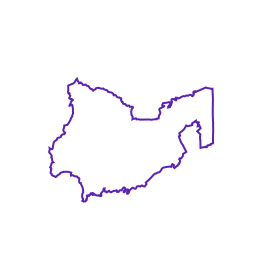 outline of Phong Dien, Thừa Thiên - Huế, Vietnam, rotated 43°
{"feature_id": "81297802B35670860897871", "entity_name": "Phong Dien", "entity_type": "district", "adm_level": 2, "iso_a3": "VNM", "parent_name": "Vietnam", "parent_adm1": "Thừa Thiên - Huế", "projection": "equal_earth", "projection_center": [107.309, 16.544], "detail": "fine", "context": "isolated", "style": "outline", "palette": "violet", "viewbox_px": 256, "rotation_deg": 43, "n_neighbors": 0, "source": "geoboundaries", "source_scale": "gbopen_adm2", "svg_char_len": 5888}
<svg xmlns="http://www.w3.org/2000/svg" viewBox="0 0 256 256"><g transform="rotate(43 128 128)"><path d="M144.3,212.4L144.7,212.2L145.5,212.2L145.7,211.6L146.8,211.0L146.9,210.5L146.7,209.6L146.9,209.0L146.8,208.7L146.1,208.6L145.9,208.1L146.0,207.6L145.8,207.0L144.8,205.8L144.1,205.4L144.2,205.1L144.3,205.0L145.1,204.8L145.1,204.0L145.8,203.9L145.7,203.1L146.1,201.9L145.9,201.6L145.3,201.4L145.4,200.9L146.3,200.6L146.3,200.0L146.6,199.6L147.0,199.5L147.4,199.9L147.6,200.7L147.9,201.0L148.1,200.9L148.3,200.3L148.1,199.9L148.3,199.3L149.3,199.5L149.9,198.9L150.7,199.0L151.5,198.2L152.2,197.9L152.3,197.4L154.0,196.8L154.7,196.3L154.7,195.8L154.4,195.2L154.0,195.2L153.7,195.6L153.2,195.4L152.8,193.4L152.8,190.4L152.5,189.6L151.8,189.5L151.6,189.3L151.7,188.4L152.1,188.1L152.6,188.9L153.7,189.9L154.6,190.1L155.3,189.4L156.0,189.7L156.3,189.5L156.6,189.1L156.7,187.4L157.0,186.8L157.3,186.8L157.8,187.0L159.2,186.8L159.4,186.6L160.5,183.6L161.1,183.1L162.2,181.3L163.1,181.6L163.1,182.1L163.5,182.2L164.7,181.2L164.4,179.6L164.9,178.6L165.5,178.4L165.8,177.8L165.4,175.1L165.5,174.3L165.7,174.1L167.0,174.0L168.2,174.9L168.0,175.9L168.1,177.3L168.5,177.8L169.0,177.7L169.2,176.8L169.2,175.9L168.8,175.2L169.2,173.7L169.7,173.1L170.3,173.0L170.9,173.5L171.3,175.6L171.7,176.3L172.3,176.6L172.8,175.7L172.7,174.9L171.8,173.0L171.7,172.5L172.0,168.7L172.5,168.3L174.1,167.9L174.7,167.6L175.0,166.9L174.4,164.8L174.9,163.9L175.3,163.4L176.8,162.4L176.9,162.2L177.0,161.2L177.4,160.5L178.3,160.4L179.8,159.6L180.1,159.4L180.1,159.0L179.7,156.3L178.2,155.7L178.7,150.5L178.7,146.1L178.6,145.5L178.7,143.6L179.7,141.7L179.8,141.2L180.4,139.9L181.1,138.9L181.2,138.3L180.9,135.9L180.6,135.1L180.6,133.6L180.8,133.0L183.0,129.9L184.7,127.9L185.5,127.3L186.0,127.1L185.0,124.5L185.2,124.1L185.9,124.1L186.6,123.7L187.1,124.1L187.7,125.4L189.3,125.6L189.5,124.2L189.5,122.7L190.0,121.6L189.8,121.4L189.6,120.6L189.9,120.1L189.9,119.3L189.8,119.0L189.3,118.6L189.5,118.3L188.7,116.6L188.2,116.5L187.4,115.9L186.7,115.9L186.6,115.5L186.6,114.7L187.6,114.0L187.3,111.2L185.9,109.3L186.6,107.2L186.9,105.7L179.2,102.9L177.7,102.7L174.3,101.3L170.9,99.4L171.4,98.1L169.1,96.9L169.7,92.9L169.8,90.4L168.9,86.5L170.6,85.8L173.0,82.0L172.0,81.2L171.7,80.7L171.8,80.1L172.4,78.8L172.6,76.5L172.7,76.3L173.2,76.9L173.6,77.1L175.4,77.0L175.1,76.0L175.9,75.6L176.4,76.5L177.0,78.1L177.7,79.1L178.3,77.5L179.0,78.1L179.2,77.8L179.9,77.9L181.3,78.8L180.8,83.2L185.2,83.3L187.0,85.7L189.5,87.9L194.6,93.1L198.0,88.2L198.3,88.6L198.6,88.2L198.0,87.6L198.5,86.6L198.2,86.3L199.9,83.8L199.4,83.3L200.6,81.2L196.8,77.2L192.1,71.8L187.8,67.4L187.3,66.7L183.0,62.6L177.2,56.5L170.0,48.5L163.0,41.7L162.5,42.5L161.6,42.8L158.7,44.7L157.3,45.3L152.8,55.7L152.6,56.0L152.2,55.6L151.8,56.4L151.5,56.1L151.2,56.6L151.8,57.8L152.3,57.6L153.2,58.6L153.1,59.1L153.5,59.4L153.5,60.7L152.6,61.0L151.4,60.9L150.6,61.6L149.9,63.5L148.7,64.2L148.0,65.9L147.5,66.4L146.5,67.2L146.1,68.4L145.7,69.2L145.4,70.8L144.6,72.0L143.6,72.2L142.3,73.2L142.5,73.8L143.2,73.9L143.6,73.7L144.4,74.8L143.6,75.4L142.1,75.3L141.1,76.5L140.5,76.7L140.5,77.6L141.5,79.0L142.2,78.9L142.7,79.3L142.7,79.8L143.9,81.9L144.0,83.1L144.4,84.2L143.9,84.6L143.9,85.0L143.5,85.5L143.4,85.2L142.9,85.1L142.7,84.3L142.7,82.6L141.9,80.7L141.7,80.5L141.4,80.8L140.3,81.1L139.5,82.5L136.7,86.0L137.2,87.6L137.6,88.1L138.0,88.3L138.6,88.1L139.8,86.6L139.5,88.0L138.0,92.2L138.0,92.8L138.6,93.4L141.2,94.7L141.9,95.8L142.1,97.6L143.8,100.1L142.7,101.6L143.0,102.0L141.0,104.1L139.5,106.0L137.6,107.4L131.3,113.5L129.5,114.6L128.3,115.9L127.2,115.6L126.6,116.5L125.4,118.1L125.3,118.5L124.8,117.8L124.4,117.5L123.7,116.5L121.7,116.1L119.0,113.7L117.9,111.7L117.8,110.4L117.7,109.7L117.0,109.3L115.6,110.4L114.9,111.3L113.5,110.9L112.7,111.5L112.5,112.3L112.4,112.4L111.5,112.6L109.8,112.3L108.6,113.2L107.9,113.5L106.3,112.6L105.8,113.1L105.3,112.8L104.3,112.7L103.5,111.9L103.1,111.1L102.6,111.0L101.6,111.5L100.8,111.6L100.2,112.3L98.9,112.8L96.6,112.4L96.1,112.7L95.3,113.8L94.9,113.7L94.2,113.1L92.7,113.1L91.3,113.5L90.3,114.3L88.4,115.2L87.4,114.6L84.2,116.0L83.1,115.9L81.8,117.4L80.4,118.0L78.6,119.0L77.5,120.8L77.8,121.8L77.1,123.3L77.0,124.5L74.9,124.2L74.2,124.7L73.2,125.0L70.5,124.3L69.0,125.2L67.5,125.1L65.8,127.2L64.3,126.9L63.6,126.9L63.2,127.2L62.4,127.0L62.1,128.2L61.7,128.7L60.9,128.2L59.0,127.8L57.1,126.8L57.1,128.0L57.8,131.3L57.7,132.6L55.8,136.6L55.4,137.9L56.5,139.0L58.6,141.2L59.6,142.6L60.7,143.2L61.3,142.5L61.7,142.5L62.2,143.4L63.6,143.7L64.1,144.6L64.3,145.8L64.6,146.2L65.1,146.3L66.1,146.1L67.1,145.3L67.4,145.4L68.5,145.1L68.6,145.6L68.3,146.7L68.5,147.4L69.4,149.9L69.8,151.4L70.0,151.6L70.4,151.0L71.1,149.3L71.5,149.2L72.2,149.6L74.7,151.6L78.0,155.0L78.5,156.5L79.0,157.4L79.3,157.6L79.6,159.8L80.3,161.0L81.5,166.0L81.4,167.2L79.7,169.7L80.7,170.8L81.9,173.4L82.4,173.9L84.0,174.5L85.2,174.3L85.6,175.2L85.6,176.0L84.8,176.8L84.2,178.5L84.4,179.4L84.9,180.3L84.7,181.2L84.3,181.9L83.7,182.5L83.3,183.5L83.4,184.0L83.9,185.1L83.9,185.7L83.3,188.0L83.9,189.9L86.8,194.2L87.0,194.7L87.0,195.1L86.1,196.0L84.5,196.2L85.4,196.9L86.5,199.2L87.0,199.6L89.6,199.9L91.1,200.3L91.7,200.9L91.8,201.7L92.0,201.9L93.1,202.1L95.3,203.8L96.0,204.1L96.7,204.1L96.0,205.3L96.3,206.2L97.2,207.6L97.9,209.9L99.2,209.8L99.8,210.1L99.9,211.0L100.8,211.6L101.3,212.7L101.8,213.3L102.4,213.8L103.6,213.7L104.0,214.2L104.7,214.3L106.0,213.9L106.6,213.9L107.6,213.2L108.4,213.3L108.6,213.1L108.8,212.4L108.7,211.1L109.2,209.0L109.5,208.3L109.2,207.6L109.4,206.4L111.0,203.7L114.0,200.9L117.0,199.4L118.1,201.2L118.8,201.7L119.8,200.2L120.2,200.0L120.8,200.0L121.8,199.7L123.9,198.2L124.7,198.6L126.0,198.0L126.9,198.2L128.8,200.5L129.6,201.0L130.3,201.1L131.1,200.5L131.9,201.1L135.2,202.4L137.7,204.2L139.0,205.6L139.8,207.8L141.3,209.5L142.4,210.3L143.4,210.4L143.9,210.9L144.3,212.4Z" fill="none" stroke="#5b21b6" stroke-width="2"/></g></svg>